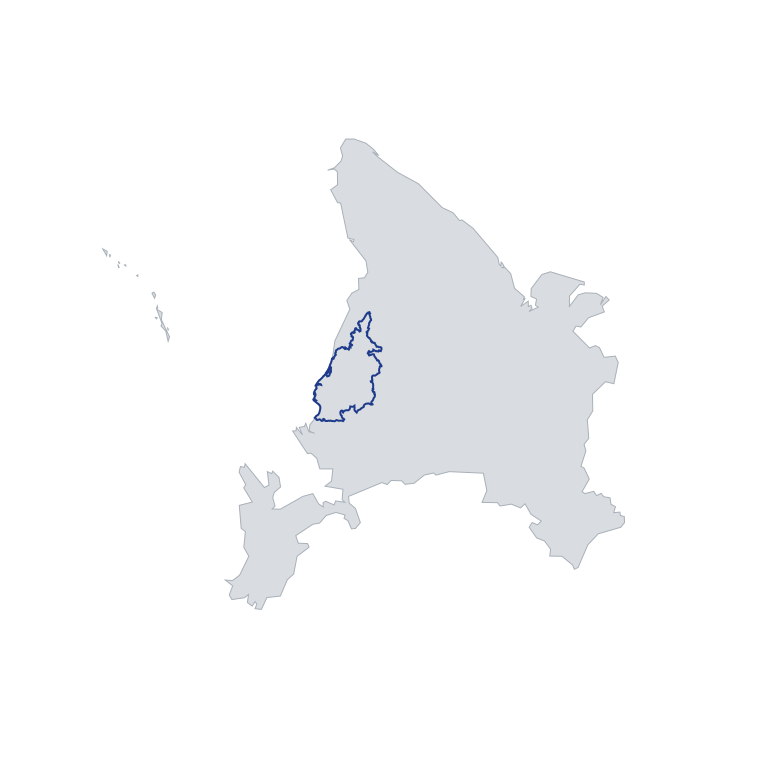 Odisha highlighted on a map of India, rotated 151°
{"feature_id": "IND-2444", "entity_name": "Odisha", "entity_type": "State", "adm_level": 1, "iso_a3": "IND", "parent_name": "India", "parent_adm1": "", "projection": "mercator", "projection_center": [83.889, 20.172], "detail": "fine", "context": "in_parent", "style": "outline", "palette": "blue", "viewbox_px": 768, "rotation_deg": 151, "n_neighbors": 0, "source": "natural_earth", "source_scale": "10m", "svg_char_len": 9767}
<svg xmlns="http://www.w3.org/2000/svg" viewBox="0 0 768 768"><g transform="rotate(151 384 384)"><path d="M146.3,348.3L155.4,346.4L156.4,340.2L173.0,342.8L184.2,338.4L187.9,341.5L193.2,338.6L186.8,315.8L180.5,315.1L177.9,311.4L178.6,300.6L168.2,296.3L168.7,289.3L182.8,272.8L189.2,278.6L206.7,273.9L214.4,259.3L223.5,254.1L231.3,237.2L238.3,234.2L239.8,227.7L251.7,216.4L249.8,213.5L250.5,201.4L263.0,193.8L261.5,190.8L252.6,188.4L252.2,183.3L247.2,183.1L246.4,178.8L241.5,174.9L243.8,168.7L241.0,164.5L245.5,160.1L239.8,157.6L241.0,154.4L238.1,151.6L240.8,146.2L246.3,143.9L269.3,149.1L283.7,144.5L303.3,129.4L307.3,129.7L306.8,134.3L311.9,147.1L322.4,153.1L318.4,158.8L319.7,168.9L325.1,175.3L326.5,188.3L321.6,191.0L318.0,186.4L312.9,187.9L318.6,198.7L318.7,210.9L324.6,209.4L330.9,217.2L341.6,221.0L342.3,225.2L355.6,232.9L345.7,241.0L340.3,257.8L369.4,275.7L382.8,279.2L383.7,282.1L392.8,284.8L405.9,282.6L414.3,286.1L415.5,290.8L424.6,296.2L429.9,294.5L433.6,298.8L469.5,302.9L472.2,296.6L469.3,289.1L471.9,274.2L479.0,271.5L482.7,273.1L481.8,282.0L484.1,285.8L481.6,288.4L488.3,295.0L498.3,297.0L507.8,293.6L514.2,295.8L534.7,294.2L536.1,286.3L528.1,281.4L528.7,277.6L543.6,275.4L555.1,261.6L563.4,259.7L577.5,248.8L590.0,254.0L600.5,246.3L605.7,250.0L601.9,253.1L602.2,256.1L607.0,253.7L609.4,259.1L604.5,265.6L609.7,264.7L621.5,269.2L621.7,274.4L614.2,280.8L617.9,289.5L611.8,285.5L603.0,286.8L585.7,298.9L585.8,309.1L576.8,322.1L578.9,327.0L569.4,348.0L556.4,344.6L557.0,361.2L553.7,363.0L553.5,377.1L549.6,381.4L546.5,378.8L544.1,381.6L538.8,351.4L533.6,351.4L528.5,363.9L525.6,360.0L523.6,361.7L521.1,353.2L524.4,344.1L532.7,342.3L536.4,338.5L538.5,330.0L542.4,328.9L535.5,324.8L509.3,325.0L499.4,322.6L499.3,310.9L496.8,305.9L494.8,309.7L491.9,309.7L486.2,302.4L483.0,305.2L475.6,299.5L476.7,303.1L470.9,311.8L485.1,323.2L477.0,324.5L469.9,334.5L481.3,340.9L478.8,351.6L481.4,359.0L484.7,360.2L486.7,387.2L483.5,385.7L481.7,388.5L480.0,379.0L479.1,387.2L474.2,385.4L471.5,387.6L472.8,378.7L468.6,374.6L472.2,379.0L468.7,384.2L454.9,389.9L451.0,394.6L452.9,403.9L449.2,410.7L443.1,416.0L441.0,415.2L440.5,417.9L430.0,421.4L428.9,418.0L424.7,420.3L423.6,423.1L427.9,422.6L416.9,431.2L406.1,445.5L377.6,466.0L376.0,475.1L367.9,479.1L360.1,478.9L355.1,488.7L349.7,486.4L344.0,489.5L340.1,500.3L344.2,527.0L341.7,523.2L340.2,525.0L344.8,529.1L334.2,563.3L336.7,565.2L336.5,579.7L328.0,580.8L321.9,592.2L323.2,596.1L329.6,598.4L322.6,597.1L313.5,599.8L309.7,603.4L307.6,611.7L298.7,616.8L291.4,612.8L283.0,603.2L279.3,594.1L277.9,586.3L281.5,592.7L279.6,586.3L269.5,562.5L256.8,542.4L247.6,510.1L240.6,500.3L238.7,490.4L236.2,489.6L230.6,476.8L223.1,439.5L225.2,433.0L224.7,430.7L222.4,433.8L221.9,432.0L222.0,428.2L224.9,428.6L221.7,427.1L219.7,419.0L223.4,404.4L219.0,392.2L220.8,390.5L218.8,390.6L226.9,385.6L217.7,386.5L220.2,381.7L217.3,381.6L217.8,378.4L222.0,377.1L211.8,376.4L213.3,379.6L209.4,384.3L213.0,389.4L209.1,396.0L192.9,403.2L184.1,401.5L159.4,376.1L160.8,373.5L164.4,376.2L179.1,371.1L184.2,362.0L170.8,367.8L163.8,366.2L154.1,360.2L150.4,353.4L156.3,348.4L147.5,352.9L146.3,348.3ZM546.5,559.6L543.4,554.0L547.6,548.1L548.7,529.2L552.1,526.0L549.2,536.1L550.9,542.9L548.8,544.6L546.5,559.6ZM564.4,630.6L564.5,638.6L561.8,634.2L564.4,630.6ZM542.9,575.9L540.8,576.0L540.5,572.6L543.1,570.2L542.9,575.9ZM557.2,617.8L557.0,620.1L556.5,617.9L557.2,617.8ZM559.7,614.5L558.8,617.6L559.1,614.4L559.7,614.5ZM562.3,627.7L561.4,630.2L560.8,629.3L562.3,627.7ZM547.9,598.7L546.4,598.8L547.2,597.5L547.9,598.7ZM546.0,560.8L544.4,562.1L545.2,560.0L546.0,560.8ZM551.3,551.2L552.0,553.5L550.3,551.8L551.3,551.2ZM553.3,613.9L552.1,613.5L552.6,612.3L553.3,613.9ZM546.7,536.0L545.9,538.5L546.3,535.8L546.7,536.0Z" fill="#d9dde1" stroke="#a8b0b8" stroke-width="1"/><path d="M461.0,388.0L458.8,388.9L458.0,389.0L457.4,388.9L456.5,389.0L455.1,389.8L454.3,390.4L451.9,393.0L451.1,394.2L450.6,395.6L450.7,397.3L452.7,402.1L452.5,402.5L451.9,402.4L451.3,402.5L451.5,402.8L451.8,402.9L453.0,403.0L453.3,403.4L453.2,403.7L453.1,403.8L452.6,403.7L452.3,404.0L453.0,404.2L453.2,404.4L454.0,404.0L453.3,404.7L452.9,405.0L452.0,405.3L449.2,407.6L448.8,408.6L448.7,409.7L449.5,409.1L449.8,409.3L449.9,408.5L450.2,408.9L449.5,410.1L448.3,411.0L449.3,410.6L447.2,412.0L445.3,412.7L445.0,412.9L444.6,414.4L443.3,415.7L443.5,416.0L443.9,416.1L443.4,416.4L442.6,415.9L441.4,414.9L440.4,414.9L439.8,414.3L439.6,413.8L439.4,413.6L439.3,414.0L439.7,414.8L440.7,415.5L441.7,415.6L442.1,416.3L443.0,416.7L441.3,417.6L438.4,418.8L437.9,418.6L437.5,418.8L434.5,419.6L433.5,420.2L432.6,420.2L430.8,421.0L431.1,420.7L430.7,420.8L429.6,421.5L428.1,421.9L427.9,421.5L427.7,421.4L427.6,421.2L429.2,420.6L429.1,421.1L430.1,420.5L429.8,420.3L430.0,420.0L430.0,418.2L428.4,417.8L427.8,417.9L425.9,419.7L425.0,419.9L424.3,420.7L424.0,421.2L424.0,421.6L423.8,421.8L423.5,422.4L422.9,423.1L422.9,423.4L423.1,423.7L422.7,423.9L422.3,424.2L422.4,424.6L422.7,424.4L422.8,424.6L422.7,425.1L423.1,424.8L424.0,424.5L423.9,423.8L424.2,423.9L424.5,423.8L423.8,423.5L423.8,423.4L424.1,423.3L424.7,422.9L424.5,422.5L424.7,422.0L425.7,422.3L426.4,421.7L426.9,421.7L427.0,421.5L427.2,421.8L427.3,422.2L426.9,422.4L426.8,422.8L426.2,423.1L426.0,422.7L425.9,422.7L425.7,423.1L425.4,423.0L425.6,423.2L425.6,423.5L426.1,423.4L430.1,421.5L426.2,423.4L423.6,425.2L421.8,427.0L420.6,427.8L418.6,429.6L417.3,431.3L417.0,431.4L416.8,430.7L415.7,430.6L415.6,431.4L415.3,431.8L414.8,431.6L413.6,432.2L412.9,432.8L412.0,432.9L412.1,433.4L411.9,433.7L412.0,434.1L411.9,434.3L411.3,435.0L410.7,435.1L410.1,436.3L409.5,436.7L408.5,436.7L407.0,437.1L405.5,436.5L404.3,436.7L402.8,436.7L402.4,436.5L402.0,435.8L401.1,433.4L400.7,433.2L400.3,433.4L400.2,433.7L400.3,434.3L400.1,434.6L399.5,433.2L398.6,432.1L398.1,431.1L397.8,431.2L397.5,432.0L396.9,432.5L396.5,433.2L396.3,433.2L396.1,432.5L395.6,432.1L395.5,432.3L395.7,433.1L395.4,433.4L395.5,433.6L395.4,433.9L395.0,434.0L393.6,433.3L393.0,433.5L393.0,433.8L393.4,434.6L393.7,435.0L394.2,435.2L394.5,435.6L394.5,435.9L393.4,436.4L392.3,437.4L391.4,437.8L390.5,437.4L390.1,437.5L389.1,439.0L388.5,439.6L388.4,440.5L388.8,441.2L389.3,441.2L389.4,441.5L388.6,442.6L388.6,442.8L388.8,443.4L388.7,443.9L388.6,444.0L388.1,444.1L387.3,444.4L386.5,444.5L386.3,444.3L386.2,443.8L386.1,443.5L385.1,443.2L384.7,443.2L384.5,443.4L384.6,444.2L384.4,444.7L382.7,445.6L382.4,446.4L382.1,446.6L381.4,446.4L381.3,445.7L381.5,445.0L381.3,444.6L380.4,443.8L380.1,443.3L380.0,441.8L378.9,441.7L378.4,442.6L377.8,443.4L377.8,444.3L377.5,445.0L377.7,445.6L376.8,447.0L376.9,447.4L377.5,447.9L377.6,448.2L377.2,448.6L377.3,449.4L377.2,449.8L376.3,449.9L375.7,450.7L374.7,450.6L373.9,449.9L373.3,449.7L372.5,449.8L371.7,450.4L370.5,450.6L368.9,451.6L367.5,452.3L367.0,452.9L366.2,453.1L364.9,454.0L363.8,453.5L363.3,454.2L361.9,453.9L362.0,452.6L362.5,452.7L362.9,451.8L363.2,451.2L363.3,449.7L363.7,449.1L364.0,447.8L363.9,447.1L364.3,446.1L366.0,445.5L366.5,444.9L367.4,444.6L368.4,443.0L369.2,442.4L370.0,441.5L370.9,440.8L370.8,440.4L370.3,440.0L370.2,439.7L370.8,439.4L371.6,438.5L372.9,438.2L373.4,437.3L374.0,437.7L374.3,437.0L374.5,435.6L374.8,435.1L375.4,434.8L375.5,434.5L375.4,433.1L375.0,432.4L375.0,431.8L374.4,431.3L374.5,430.5L374.2,429.5L374.2,428.9L374.6,427.9L374.0,427.2L374.5,426.7L374.5,426.4L374.2,426.0L373.5,425.8L373.1,424.9L372.4,424.7L372.2,424.4L372.4,422.4L372.2,421.4L372.4,420.1L372.1,419.9L371.1,419.6L370.6,418.7L369.1,417.8L368.7,417.2L368.8,416.7L369.6,415.3L370.1,415.0L370.9,414.3L371.9,415.3L372.1,415.9L372.5,415.8L372.9,415.2L373.1,415.1L374.2,416.0L374.5,416.4L375.1,416.4L375.3,416.6L376.5,418.9L376.7,419.2L377.3,418.3L377.7,418.1L379.5,418.3L380.4,418.7L381.2,418.8L381.2,420.1L381.4,420.1L383.3,418.8L383.4,418.6L382.9,417.9L383.2,416.6L383.1,416.1L382.4,416.0L381.7,416.3L381.0,415.7L379.9,415.7L378.5,414.9L378.5,414.5L378.9,413.1L378.7,411.0L378.5,410.4L378.6,408.2L378.3,408.2L378.2,408.1L378.0,407.4L377.8,407.3L377.6,407.4L377.3,406.7L377.8,404.5L377.4,403.1L377.4,401.0L377.6,400.7L378.2,400.9L378.4,401.0L378.4,401.4L378.6,401.6L379.3,401.2L380.2,400.0L380.9,399.5L381.7,398.3L382.0,397.3L382.3,396.9L382.3,396.2L382.5,396.0L384.0,395.9L384.7,396.2L385.2,395.9L387.5,395.6L388.7,396.2L389.2,396.7L390.4,396.6L390.9,396.2L391.3,395.7L391.8,394.3L392.3,393.6L392.3,392.9L392.6,392.4L393.0,392.4L394.0,392.8L394.3,392.8L394.4,392.4L394.3,391.9L393.5,390.9L393.4,390.0L393.8,388.6L395.6,385.6L395.7,384.7L396.0,384.5L396.4,384.8L396.6,384.2L397.2,384.1L397.3,383.7L397.2,383.4L397.4,382.5L396.6,381.9L396.4,381.7L396.6,380.7L397.4,380.2L397.4,379.9L397.0,379.4L397.0,379.2L398.2,377.4L399.8,376.7L401.8,375.0L403.3,374.7L403.6,374.5L404.2,373.8L404.3,373.4L404.2,372.7L403.8,372.0L403.9,371.7L404.5,371.8L405.5,372.4L406.8,374.4L407.3,374.8L408.1,374.9L409.4,375.5L411.2,375.4L412.5,374.6L412.6,374.0L412.8,373.8L416.3,373.7L416.9,373.3L417.4,373.3L419.2,373.7L419.8,373.3L420.5,373.2L421.7,372.3L422.3,374.2L422.4,375.4L422.2,376.1L421.3,377.4L420.4,379.3L421.5,379.1L422.3,379.2L423.7,380.1L424.3,380.7L425.9,378.9L427.3,378.3L428.0,378.3L429.6,379.3L431.7,379.8L432.8,379.4L433.6,378.9L433.7,379.3L433.4,379.9L433.4,380.8L433.5,381.0L434.3,381.4L435.0,381.2L435.6,380.8L436.5,379.3L436.5,378.8L436.8,377.9L436.4,376.9L436.4,376.5L436.8,375.9L436.9,375.3L436.7,373.9L436.0,372.9L435.9,372.4L436.9,372.0L437.3,371.5L437.8,371.4L438.6,372.4L441.7,374.0L442.9,375.4L443.5,375.5L445.1,375.3L446.8,376.4L447.5,377.0L448.1,377.3L448.4,377.9L449.5,378.2L450.6,379.0L451.5,379.1L452.8,379.8L453.3,380.4L453.3,381.1L453.2,381.9L453.8,382.8L454.2,382.8L454.4,382.4L454.8,382.2L455.2,381.6L456.4,381.9L456.6,382.2L456.9,383.6L457.4,384.3L459.9,384.9L460.2,385.1L460.3,385.4L460.3,386.6L461.0,388.0Z" fill="none" stroke="#1e3a8a" stroke-width="2"/></g></svg>